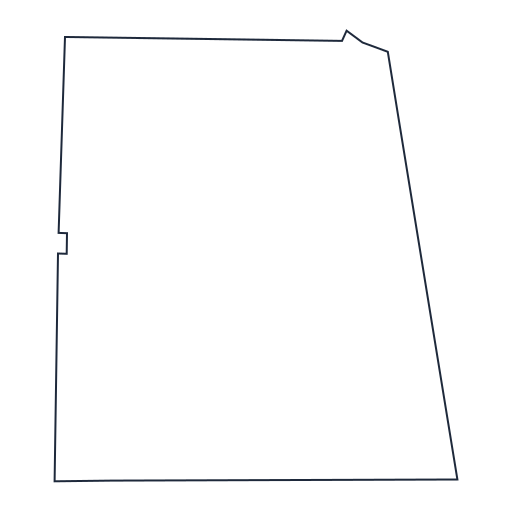 outline of Randolph, Alabama, United States of America
{"feature_id": "52423323B93336914433207", "entity_name": "Randolph", "entity_type": "district", "adm_level": 2, "iso_a3": "USA", "parent_name": "United States of America", "parent_adm1": "Alabama", "projection": "albers", "projection_center": [-85.481, 33.304], "detail": "fine", "context": "isolated", "style": "outline", "palette": "slate", "viewbox_px": 512, "rotation_deg": 0, "n_neighbors": 0, "source": "geoboundaries", "source_scale": "gbopen_adm2", "svg_char_len": 294}
<svg xmlns="http://www.w3.org/2000/svg" viewBox="0 0 512 512"><path d="M65.0,37.0L58.6,232.9L67.0,233.2L66.7,253.8L58.0,253.5L54.6,481.3L112.4,480.6L457.4,479.5L453.4,455.0L397.9,114.3L387.8,51.8L362.5,42.5L346.6,30.7L342.0,40.9L65.0,37.0Z" fill="none" stroke="#1e293b" stroke-width="2"/></svg>